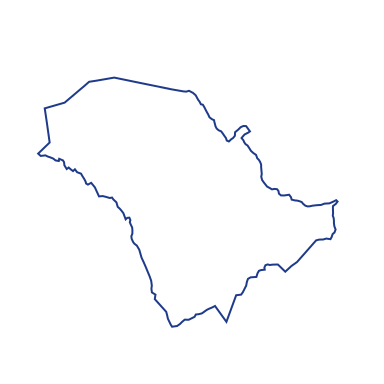 Lavras da Mangabeira, Ceará, Brazil, rotated 74°
{"feature_id": "56859067B7831807077473", "entity_name": "Lavras da Mangabeira", "entity_type": "district", "adm_level": 2, "iso_a3": "BRA", "parent_name": "Brazil", "parent_adm1": "Ceará", "projection": "mercator", "projection_center": [-38.979, -6.765], "detail": "fine", "context": "isolated", "style": "outline", "palette": "blue", "viewbox_px": 384, "rotation_deg": 74, "n_neighbors": 0, "source": "geoboundaries", "source_scale": "gbopen_adm2", "svg_char_len": 2799}
<svg xmlns="http://www.w3.org/2000/svg" viewBox="0 0 384 384"><g transform="rotate(74 192 192)"><path d="M284.7,257.3L300.1,249.8L304.2,249.9L307.1,250.1L313.7,249.0L316.0,248.3L316.7,243.3L315.6,240.0L314.3,237.7L312.7,234.2L313.9,230.4L312.7,223.9L310.8,222.1L311.3,219.3L311.4,215.9L309.4,210.3L309.0,208.3L308.5,204.1L307.9,201.3L326.3,194.7L303.4,178.0L304.2,173.1L302.4,170.8L296.9,165.7L293.5,164.0L290.9,162.1L290.2,159.1L291.4,153.5L288.3,151.5L286.2,149.4L286.1,147.0L286.7,143.5L284.5,143.2L282.6,141.5L282.5,139.2L283.6,137.4L284.1,134.2L285.4,129.4L294.3,124.3L290.5,116.7L288.3,110.4L272.7,86.0L272.8,82.9L273.8,79.0L273.8,75.7L275.5,71.9L273.8,70.2L271.2,68.4L270.2,66.2L267.6,64.3L264.3,64.6L261.2,64.2L258.4,63.4L255.9,63.0L253.6,63.2L251.5,62.3L247.1,61.2L244.4,60.4L243.1,57.1L241.3,54.7L239.6,55.7L240.1,58.2L240.8,63.0L239.7,67.8L240.0,71.6L239.1,75.6L238.4,79.7L238.2,82.8L237.7,84.9L236.4,86.8L233.9,88.5L231.9,89.3L230.5,91.2L229.3,93.2L228.5,95.3L226.8,98.3L224.2,98.3L221.4,99.4L221.0,102.5L220.7,104.5L219.8,107.4L217.5,108.9L215.0,108.6L212.8,109.4L211.8,111.7L211.5,114.4L209.6,116.2L207.4,118.4L205.1,119.3L202.7,120.3L199.8,121.3L196.3,121.2L194.0,120.0L190.3,119.3L187.2,118.7L184.8,118.0L182.0,118.2L179.5,118.9L177.5,120.0L174.0,120.2L171.6,122.2L168.7,124.0L165.1,125.0L162.6,125.8L160.8,127.3L158.6,128.1L156.6,128.3L153.8,129.5L152.4,127.5L151.2,125.6L150.4,121.5L149.7,119.6L143.6,121.8L142.7,124.4L143.1,127.3L144.9,130.6L146.4,134.1L149.8,135.3L151.4,137.6L152.2,140.0L153.6,142.6L152.1,144.4L149.5,144.5L146.7,145.5L143.9,146.4L141.7,147.3L140.0,149.4L137.8,150.8L135.4,151.3L133.0,151.2L131.0,151.2L129.0,151.0L127.5,152.8L125.0,154.6L121.7,155.1L119.3,155.7L116.9,156.2L114.2,156.7L111.1,157.5L110.1,159.3L107.3,159.8L105.3,160.6L103.2,161.1L100.0,161.8L96.9,163.8L95.5,165.3L93.9,167.0L93.9,170.0L92.8,172.8L87.4,183.9L75.4,206.9L74.0,209.6L60.6,235.2L58.6,253.5L57.7,260.5L59.9,265.2L71.0,289.8L71.0,293.4L71.0,305.8L71.0,310.5L85.3,312.4L105.2,315.2L112.7,329.3L115.6,327.5L116.4,322.8L118.2,320.8L119.7,318.6L121.6,316.2L124.0,314.5L125.5,311.5L123.5,310.5L126.1,307.3L128.1,306.8L131.2,307.3L135.4,306.1L134.5,303.8L137.0,302.2L139.1,300.6L137.9,298.3L141.3,297.0L143.8,293.6L146.4,293.0L149.8,292.0L152.6,291.4L154.6,291.5L156.2,290.0L155.4,286.4L160.7,284.1L170.6,282.6L171.3,279.0L173.0,276.0L175.1,272.7L175.3,270.4L177.4,269.7L181.1,267.5L185.8,267.5L188.0,266.1L190.4,265.0L193.4,263.8L200.0,263.3L199.0,261.4L199.4,259.3L202.1,259.0L203.8,260.1L206.1,259.9L209.7,259.3L212.6,259.9L215.6,260.8L217.8,262.5L220.3,262.9L223.8,262.4L225.7,261.7L228.3,259.8L233.0,258.6L241.2,258.6L245.6,257.9L249.9,257.3L261.3,256.0L266.0,255.7L270.8,256.4L273.9,257.7L277.5,258.2L280.6,255.4L284.7,257.3Z" fill="none" stroke="#1e3a8a" stroke-width="2"/></g></svg>